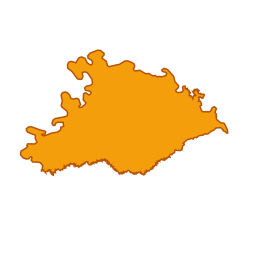 the district of Taraira, Vaupés, Colombia, rotated 108°
{"feature_id": "7082276B12935674193542", "entity_name": "Taraira", "entity_type": "district", "adm_level": 2, "iso_a3": "COL", "parent_name": "Colombia", "parent_adm1": "Vaupés", "projection": "natural_earth1", "projection_center": [-69.918, -0.672], "detail": "fine", "context": "isolated", "style": "filled", "palette": "amber", "viewbox_px": 256, "rotation_deg": 108, "n_neighbors": 0, "source": "geoboundaries", "source_scale": "gbopen_adm2", "svg_char_len": 5852}
<svg xmlns="http://www.w3.org/2000/svg" viewBox="0 0 256 256"><g transform="rotate(108 128 128)"><path d="M193.7,196.9L194.1,196.4L194.7,197.3L195.6,197.0L194.1,195.4L194.9,195.4L195.3,193.3L195.9,192.5L195.0,192.9L194.4,192.4L194.2,190.9L193.8,192.0L193.9,191.0L192.3,190.8L191.9,188.9L193.1,189.8L192.9,188.9L194.0,188.2L193.5,187.4L195.7,186.8L194.4,186.9L193.9,185.9L195.7,186.0L195.9,184.5L193.5,185.6L192.9,183.2L191.3,184.3L190.5,183.2L189.8,183.8L189.8,182.8L188.6,181.9L189.4,179.3L188.4,178.9L188.0,177.5L187.4,177.8L185.8,175.8L184.8,176.7L184.9,175.2L183.8,176.1L184.2,175.1L182.4,174.4L182.2,172.3L181.3,173.2L180.8,171.8L179.9,172.2L179.5,171.8L180.2,171.2L179.3,170.5L179.7,169.0L178.5,168.3L180.6,167.5L179.0,166.6L180.5,166.2L179.9,165.9L180.3,165.1L179.2,163.9L180.2,163.2L178.9,162.9L179.7,163.0L179.9,162.1L179.0,161.9L178.6,160.4L178.4,161.8L177.9,160.3L176.9,160.9L176.3,160.0L176.4,159.1L175.4,159.2L175.1,157.9L173.9,158.3L172.7,156.9L172.7,155.8L173.6,155.7L175.0,153.4L174.0,151.4L173.2,151.0L173.4,151.8L172.4,151.8L172.5,150.0L172.0,150.8L171.6,150.5L171.9,150.0L171.2,150.3L171.2,149.3L170.4,148.3L171.1,148.2L170.8,147.0L169.5,147.5L168.5,147.5L169.2,146.6L168.4,146.3L168.7,145.5L168.3,144.6L167.7,145.1L166.9,144.2L167.8,142.4L165.9,142.8L166.4,140.8L165.9,140.3L165.4,141.0L164.9,140.8L166.3,139.3L165.1,139.2L165.2,137.9L165.8,138.4L166.2,137.6L167.5,137.3L166.3,136.1L167.3,135.9L167.4,136.6L167.9,136.5L168.2,135.5L167.4,134.9L167.8,134.5L168.5,135.0L168.4,133.1L169.1,132.7L168.3,132.2L169.4,131.7L168.9,130.8L169.8,131.4L169.5,130.3L170.0,130.6L170.4,129.7L171.3,129.5L170.9,128.0L171.9,128.1L172.3,127.1L171.7,127.1L171.5,126.0L172.7,126.2L172.1,125.8L172.6,125.4L172.4,124.2L174.4,121.9L173.6,120.9L173.0,121.3L172.5,120.8L172.3,120.4L172.9,120.5L172.7,119.8L173.4,119.4L172.0,118.0L171.5,118.8L170.8,118.7L171.3,118.0L170.1,116.7L170.4,115.9L168.2,114.8L168.2,113.8L169.5,111.9L169.0,111.6L169.5,111.1L169.2,109.6L170.0,108.7L169.9,108.2L169.2,108.2L169.8,107.6L169.5,107.0L169.1,107.6L169.0,106.5L168.2,106.4L168.9,105.9L166.6,104.1L167.0,102.3L166.5,102.3L166.9,102.0L166.5,101.7L167.5,100.8L167.1,100.2L167.7,99.1L167.0,98.6L167.4,98.3L166.9,97.8L166.5,98.4L165.6,97.5L165.8,97.9L165.0,98.3L164.9,97.2L164.0,96.8L163.6,97.5L163.3,96.6L162.5,97.1L162.4,94.7L160.7,94.1L159.4,92.4L159.1,93.0L158.8,92.0L158.2,92.6L157.6,91.9L156.8,92.5L156.5,91.3L155.8,91.8L156.2,91.5L154.8,90.5L154.5,91.1L154.7,90.1L154.1,90.4L154.2,89.6L153.0,90.4L152.8,89.6L152.3,90.3L152.0,89.2L151.5,89.7L150.7,89.4L150.8,88.3L150.5,89.1L150.3,88.1L150.2,88.8L149.7,88.8L149.8,88.1L149.5,88.4L149.0,87.4L148.2,87.4L147.7,86.7L147.5,84.6L147.1,85.2L147.1,84.3L146.8,84.8L146.3,84.4L146.0,82.8L145.5,83.3L145.7,82.3L144.4,81.3L143.9,81.6L143.0,79.9L142.5,80.0L142.6,79.3L141.7,80.1L140.2,79.6L139.7,78.9L139.9,78.1L138.4,77.6L137.0,76.1L134.4,76.6L133.8,72.9L133.1,71.0L132.5,70.9L132.0,70.0L128.5,70.5L126.4,69.4L125.7,69.7L125.3,70.8L120.7,67.9L118.4,64.4L118.3,62.5L116.9,62.4L116.0,60.7L116.1,59.9L113.3,58.0L111.5,54.3L109.8,53.3L109.7,51.8L108.8,50.1L104.7,47.3L103.7,45.8L100.8,44.3L99.0,39.9L100.3,37.2L101.2,36.6L101.6,33.8L102.4,32.6L101.8,31.6L98.8,33.2L94.0,37.7L93.9,39.5L94.5,41.3L92.6,46.2L91.1,47.3L89.8,47.2L89.3,48.2L87.9,47.9L86.2,50.1L82.2,49.9L81.1,52.2L82.4,54.1L86.2,54.6L87.8,56.0L87.8,57.4L88.6,58.3L88.4,59.2L89.5,61.9L88.5,63.7L85.5,66.1L84.6,66.1L83.7,65.2L82.0,65.8L80.2,67.5L80.9,69.2L78.7,69.1L77.1,70.4L76.1,69.4L76.8,66.9L76.5,66.0L72.9,65.6L72.5,66.6L73.5,69.3L72.7,69.6L73.5,71.3L72.8,72.3L70.9,72.1L71.5,73.0L70.7,74.5L70.3,73.0L69.6,73.8L70.3,75.6L71.7,75.9L71.1,76.8L72.2,77.0L72.9,76.3L73.6,76.7L73.5,77.5L75.1,75.9L75.7,73.7L76.3,73.8L77.3,75.7L79.8,75.5L79.0,76.1L78.8,77.7L77.8,78.2L78.4,79.8L76.0,80.3L75.6,79.6L75.0,79.6L74.9,81.2L73.9,81.3L73.2,82.2L73.3,83.7L72.0,83.8L73.1,85.6L70.5,86.6L71.5,88.6L72.2,88.8L75.4,87.0L77.1,87.8L78.9,91.3L78.6,93.4L77.3,94.3L74.0,92.6L72.1,93.0L69.5,97.6L64.8,100.6L60.1,108.6L60.2,112.2L62.4,113.8L63.6,112.6L63.4,109.7L63.8,108.5L64.7,107.9L66.5,108.3L68.9,111.8L69.5,114.8L70.4,116.0L69.7,118.3L70.6,120.0L70.5,122.4L69.7,124.7L70.9,128.0L69.5,134.9L71.4,138.3L71.5,139.7L70.4,141.0L67.1,140.7L65.3,141.9L64.6,144.1L64.2,148.7L65.3,151.7L70.0,155.7L75.6,165.2L75.0,166.8L71.2,169.3L69.7,174.1L68.3,174.4L65.8,173.3L64.4,173.9L62.8,178.0L63.4,180.9L68.6,187.3L72.0,188.6L74.0,187.4L74.8,183.9L75.8,182.3L78.1,181.8L79.2,182.3L79.6,183.3L78.7,186.7L75.1,190.4L74.7,193.7L75.7,195.6L77.0,196.6L82.1,197.8L82.1,202.0L82.5,203.3L83.9,204.7L86.4,205.1L89.8,203.8L91.7,198.5L96.9,191.3L96.6,188.4L95.7,187.0L92.9,186.8L89.9,188.5L89.0,188.1L88.1,186.7L87.8,184.9L88.3,183.2L92.9,177.3L96.2,175.7L97.7,175.8L99.2,177.2L101.0,180.4L102.9,181.5L104.5,181.0L105.3,179.9L104.8,175.8L105.7,174.0L107.4,174.2L108.6,175.4L107.6,179.0L108.1,180.1L109.2,180.8L115.0,179.3L117.1,175.8L118.8,176.0L122.5,178.5L123.5,180.6L122.6,181.5L120.6,180.2L115.7,183.9L115.6,186.0L117.4,188.9L117.6,190.6L117.2,191.7L114.6,193.8L113.2,196.4L113.1,198.5L114.2,200.6L115.7,201.6L117.7,201.7L122.2,198.9L127.3,198.5L128.6,197.2L130.7,191.6L132.2,190.1L134.2,189.7L135.5,189.9L136.5,191.0L141.5,200.2L143.7,201.7L146.7,201.8L148.3,200.7L148.5,199.0L147.7,198.2L145.9,198.2L145.0,197.5L144.0,195.9L142.7,191.4L146.3,189.7L148.1,192.2L150.0,191.5L151.8,192.3L153.8,194.0L156.6,199.3L161.3,205.0L161.5,207.0L160.9,208.0L160.0,207.1L159.5,205.1L157.2,205.0L156.6,206.1L157.0,211.0L156.7,220.1L157.9,223.0L160.0,224.4L161.8,223.8L163.1,221.7L163.4,214.1L164.1,213.5L166.5,213.1L169.8,210.2L172.0,211.7L174.0,218.4L176.0,218.8L176.3,218.0L177.8,218.1L182.9,222.5L185.1,222.5L187.0,221.5L188.8,218.6L188.9,215.1L187.9,212.9L185.6,211.8L185.3,211.1L186.2,210.0L188.5,210.2L189.8,208.1L188.1,202.4L188.2,200.4L190.2,197.5L193.7,196.9Z" fill="#f59e0b" stroke="#b45309" stroke-width="1.5"/></g></svg>